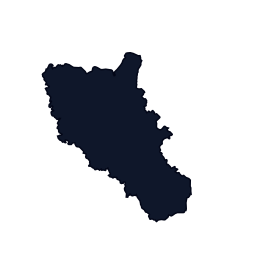 map outline of Saratov (Albers equal-area conic projection), rotated 227°
{"feature_id": "RUS-2393", "entity_name": "Saratov", "entity_type": "Region", "adm_level": 1, "iso_a3": "RUS", "parent_name": "Russia", "parent_adm1": "", "projection": "albers", "projection_center": [46.661, 51.31], "detail": "fine", "context": "isolated", "style": "filled", "palette": "ink", "viewbox_px": 256, "rotation_deg": 227, "n_neighbors": 0, "source": "natural_earth", "source_scale": "10m", "svg_char_len": 5764}
<svg xmlns="http://www.w3.org/2000/svg" viewBox="0 0 256 256"><g transform="rotate(227 128 128)"><path d="M226.9,108.3L226.4,109.0L226.6,110.3L227.9,113.4L227.8,114.5L227.2,115.3L226.2,115.8L225.0,115.8L224.7,115.5L225.5,114.1L225.3,114.0L224.2,114.0L223.2,113.3L222.7,113.3L222.7,115.2L221.5,116.1L221.5,116.7L221.8,118.9L221.8,119.8L221.6,120.2L220.6,120.5L220.5,121.2L220.2,121.6L218.3,121.9L217.8,122.2L218.3,122.8L217.4,123.8L217.8,125.7L217.2,126.5L214.4,128.1L210.2,129.2L209.2,129.7L205.8,133.0L204.7,134.6L204.3,134.9L198.5,135.2L196.6,134.7L196.0,134.8L195.4,135.9L195.1,137.9L194.3,139.6L194.0,140.7L195.5,142.6L196.0,143.8L195.7,145.1L194.8,146.0L192.7,146.9L189.3,147.9L188.3,148.9L186.2,151.8L181.9,155.3L180.8,155.6L179.6,155.3L176.4,153.5L175.8,153.4L175.4,154.0L175.5,154.7L176.1,155.0L177.4,155.3L178.0,156.1L178.2,157.3L178.2,160.0L179.0,165.6L179.7,168.2L180.8,170.3L181.3,171.8L181.2,173.1L181.2,174.1L183.0,174.6L183.3,175.1L183.9,177.6L183.3,178.7L181.5,181.0L179.0,182.6L173.9,184.7L172.7,186.1L171.0,185.2L169.5,183.9L167.9,184.0L166.9,181.7L165.9,180.9L165.4,180.3L164.7,178.0L164.2,175.8L163.6,174.8L162.1,173.4L161.6,171.9L160.6,171.0L159.6,169.5L158.6,168.7L156.9,166.6L156.1,166.2L155.1,164.7L153.9,164.1L152.3,162.0L151.7,161.5L150.6,161.6L149.5,162.2L148.5,163.2L147.6,164.5L143.7,164.8L142.8,164.5L142.8,163.0L142.0,162.0L142.0,159.8L141.9,159.5L138.4,159.4L138.2,159.6L137.8,160.4L137.1,160.6L135.4,160.3L134.8,159.6L133.9,158.9L133.7,158.4L133.6,157.3L132.7,157.1L132.0,156.5L132.1,155.8L132.7,154.7L132.7,154.4L131.0,153.8L129.9,152.5L128.5,152.7L126.4,152.1L126.2,152.6L126.1,154.7L124.8,154.9L123.9,155.6L123.8,156.4L124.1,157.6L123.8,158.0L121.3,157.9L121.0,157.6L120.8,157.1L120.1,157.1L119.5,157.2L119.2,158.2L118.8,158.6L114.5,158.8L114.1,158.6L113.9,158.1L113.9,153.5L113.3,152.7L111.9,152.1L109.6,149.7L108.6,149.2L107.7,149.1L105.9,149.6L104.8,150.2L104.4,150.8L104.1,152.0L104.5,155.4L104.1,156.1L101.6,156.5L100.9,157.3L100.4,157.5L100.3,155.7L99.9,155.3L97.9,155.2L96.5,156.1L93.3,156.1L93.0,155.8L93.0,155.1L93.3,154.2L94.0,153.0L94.0,152.6L93.6,152.2L92.2,151.7L91.9,151.1L92.3,150.7L93.8,150.5L94.4,149.8L95.0,148.6L95.5,147.1L95.5,146.1L95.4,144.9L94.9,143.7L93.1,142.2L93.1,141.8L93.3,140.3L93.0,138.6L92.7,138.1L91.6,137.4L89.9,136.8L89.5,136.4L89.5,135.6L89.2,135.2L88.0,134.9L87.3,135.4L86.4,135.5L85.9,135.3L85.7,134.4L85.3,134.1L82.2,134.1L79.5,133.1L78.9,133.3L78.8,134.3L78.4,134.6L77.9,134.5L77.3,134.0L76.7,132.8L74.8,131.5L73.9,132.4L70.9,132.5L69.0,132.0L68.2,134.9L67.9,135.8L67.7,135.9L67.4,135.8L67.0,135.1L66.7,135.0L65.4,135.4L64.5,136.0L64.0,136.1L63.9,135.7L64.2,133.5L64.0,132.9L63.7,132.6L62.7,133.2L61.6,133.1L61.1,134.3L60.5,134.8L60.0,134.8L59.2,134.4L56.1,134.6L55.7,134.9L55.7,135.9L55.3,136.4L52.4,136.6L49.5,138.0L47.4,138.0L43.0,133.7L41.4,133.1L39.0,130.8L36.7,129.1L37.5,128.8L37.5,128.5L36.7,127.7L36.2,125.8L36.1,124.9L36.6,124.2L36.7,123.8L36.7,123.3L35.3,121.3L33.8,119.4L29.1,115.4L28.2,114.1L28.8,113.5L28.2,112.1L28.1,111.4L28.4,110.8L32.5,106.4L33.4,104.1L33.8,101.0L34.1,99.9L34.7,99.4L36.6,98.8L36.6,98.3L35.9,97.3L35.5,96.2L35.7,92.5L36.2,91.8L38.3,90.1L40.0,87.6L40.1,87.0L40.1,85.1L40.6,84.9L42.0,85.4L43.0,84.3L45.0,83.8L45.3,83.4L45.8,82.4L46.3,81.9L49.3,82.9L49.6,83.2L49.8,84.5L50.3,84.8L53.3,84.4L54.6,83.6L57.2,84.2L59.7,83.6L60.3,83.7L62.0,84.7L63.3,85.0L64.5,85.9L66.6,87.1L70.7,87.6L73.7,88.6L73.5,87.6L73.6,87.4L74.5,86.9L75.2,85.3L75.6,84.8L76.8,84.3L77.8,84.7L78.4,84.5L78.3,83.9L78.0,83.1L78.4,82.5L78.4,82.1L77.6,80.8L77.7,80.5L78.7,79.6L81.0,82.2L81.8,82.5L84.3,83.0L85.7,83.8L86.3,84.4L87.1,86.6L88.7,87.1L89.7,88.6L90.3,88.9L91.5,88.1L91.6,87.8L91.0,87.1L90.9,86.7L91.5,86.3L91.8,85.5L92.6,85.1L93.1,85.0L94.5,86.0L95.1,86.2L96.1,86.1L97.7,85.2L98.4,85.3L99.5,86.0L99.9,85.7L100.4,85.0L101.4,84.5L101.6,84.2L101.6,83.3L101.8,82.9L103.4,82.5L104.6,81.5L105.6,81.6L106.6,81.3L106.7,81.6L106.3,82.6L106.2,83.3L106.4,83.7L112.4,85.9L112.4,84.8L113.1,84.2L113.2,83.8L113.0,83.4L112.4,83.0L112.3,82.8L112.3,82.6L114.3,81.2L115.0,80.0L115.5,80.0L116.1,80.5L116.3,80.2L116.5,78.5L117.7,78.3L118.4,77.8L119.5,77.7L119.4,76.4L119.8,75.7L120.0,75.5L122.2,75.6L122.9,75.1L125.1,74.8L126.0,74.3L126.7,73.4L127.1,73.5L127.3,73.9L127.3,75.5L127.4,75.9L128.6,76.1L129.7,77.4L132.5,77.8L134.5,77.0L135.1,77.1L135.9,77.5L136.8,78.9L138.0,79.6L140.1,78.2L140.9,79.4L141.4,79.7L146.8,79.6L148.1,78.9L149.0,78.0L150.0,77.7L152.3,78.3L153.2,79.0L153.7,78.8L154.7,77.5L154.9,76.7L154.6,75.4L156.3,73.5L157.1,73.3L157.6,73.5L158.0,75.3L158.3,75.6L160.4,75.1L161.4,74.5L161.9,73.9L161.9,73.5L161.5,73.1L159.9,72.9L159.7,72.7L159.9,72.2L160.8,71.7L162.1,71.4L162.2,70.6L162.4,70.5L164.1,70.7L165.8,69.9L168.0,70.0L170.1,71.0L169.4,72.2L169.2,73.2L168.5,74.0L168.2,75.3L168.3,75.5L169.0,75.5L171.4,74.6L172.3,74.8L172.9,75.1L174.0,76.1L174.5,76.3L176.2,76.1L176.8,77.1L177.4,79.4L179.3,79.5L179.6,79.8L180.5,82.2L181.2,85.0L182.0,84.3L182.1,82.7L182.8,82.0L183.3,81.9L184.7,82.0L185.7,81.7L187.5,81.9L188.5,81.0L189.1,81.0L190.5,81.5L191.8,82.4L192.1,82.8L192.1,83.4L191.3,84.9L191.4,85.5L192.0,85.6L192.9,84.9L193.6,84.8L194.1,85.3L194.4,86.5L195.0,87.5L195.7,87.7L196.0,87.6L196.3,87.0L196.0,85.5L196.1,85.1L197.3,84.8L197.6,84.9L198.7,86.1L198.9,86.6L199.0,86.9L198.6,87.5L199.3,89.0L199.4,89.9L200.0,90.1L200.6,89.0L201.3,89.5L203.3,92.6L207.3,92.8L207.5,92.6L207.6,92.1L207.9,92.1L208.7,92.6L209.0,93.4L209.5,93.7L211.2,94.0L213.2,94.6L213.0,95.7L212.1,96.0L212.1,97.6L211.9,98.5L212.1,98.8L212.6,98.8L213.4,98.3L215.2,98.7L215.4,97.5L215.9,97.3L216.2,97.7L216.6,98.9L217.4,99.5L220.5,99.6L220.9,99.9L221.5,100.7L224.0,100.9L224.7,101.5L225.6,102.0L225.8,103.0L225.5,105.2L225.6,106.2L226.0,107.0L226.9,108.3Z" fill="#0f172a" stroke="#020617" stroke-width="1.5"/></g></svg>